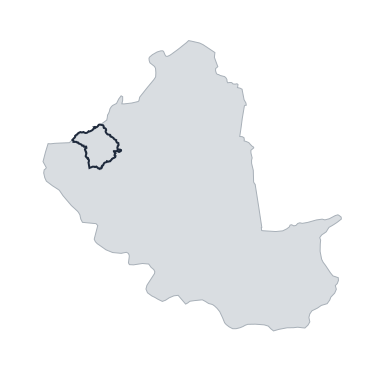 Seno, Séno, Burkina Faso (highlighted), rotated 262°
{"feature_id": "67063806B86156352342594", "entity_name": "Seno", "entity_type": "district", "adm_level": 2, "iso_a3": "BFA", "parent_name": "Burkina Faso", "parent_adm1": "Séno", "projection": "equal_earth", "projection_center": [-0.111, 13.969], "detail": "fine", "context": "in_parent", "style": "outline", "palette": "slate", "viewbox_px": 384, "rotation_deg": 262, "n_neighbors": 0, "source": "geoboundaries", "source_scale": "gbopen_adm2", "svg_char_len": 7982}
<svg xmlns="http://www.w3.org/2000/svg" viewBox="0 0 384 384"><g transform="rotate(262 192 192)"><path d="M285.9,255.9L276.1,256.4L272.6,257.8L270.4,257.8L270.4,256.6L270.1,255.9L257.8,252.0L249.1,249.6L240.3,247.0L239.8,249.4L238.6,251.0L236.7,251.1L235.4,250.7L234.5,252.6L233.0,255.1L231.0,256.4L229.0,257.9L227.9,259.2L227.1,259.3L225.1,256.1L222.4,255.8L217.4,256.3L215.2,255.4L212.1,255.0L204.9,255.7L193.3,254.4L191.4,255.1L190.9,255.6L179.5,255.8L166.9,256.0L156.4,256.1L147.2,256.2L147.1,255.7L144.2,255.6L143.8,256.7L141.2,269.4L140.9,276.4L142.3,280.7L143.8,283.4L145.6,284.6L145.7,286.1L144.3,288.1L144.4,290.2L146.1,292.3L146.5,294.5L145.6,296.8L145.8,302.5L147.0,311.3L147.0,317.1L145.9,319.7L146.4,324.2L148.7,330.6L149.1,333.3L148.2,334.5L146.4,336.2L144.4,336.1L142.2,332.3L141.3,330.6L139.5,326.7L137.9,322.7L135.9,321.0L133.9,319.4L131.4,314.4L129.0,312.1L126.5,312.7L122.8,311.8L115.4,310.6L107.4,311.0L104.1,312.1L100.9,313.9L92.6,317.9L89.3,319.9L86.8,324.9L84.0,324.7L81.1,323.1L79.4,320.9L75.6,321.4L72.0,319.2L68.5,314.8L65.9,313.4L62.6,310.3L61.7,304.3L59.6,300.1L57.7,294.3L54.9,291.7L51.5,290.3L47.0,290.6L44.0,288.3L41.6,284.9L42.3,282.0L43.4,277.8L43.5,273.7L44.3,267.2L43.9,259.0L43.1,253.4L45.6,251.0L48.6,248.9L50.4,245.0L52.3,236.3L53.2,228.8L52.6,226.0L51.7,223.8L50.9,220.6L50.5,216.7L51.0,213.2L53.3,210.0L56.0,207.4L58.0,206.1L63.2,204.8L69.7,202.8L73.5,200.5L76.2,198.3L77.8,196.5L79.3,192.9L81.8,190.0L83.8,187.2L84.1,179.3L84.1,174.7L82.7,172.3L81.9,170.1L91.6,163.9L91.7,159.6L90.4,154.7L88.5,150.7L87.8,147.4L90.5,143.4L92.9,140.4L94.6,137.8L98.4,133.9L102.3,132.9L105.9,134.4L116.4,143.5L118.2,144.1L120.4,143.4L123.1,141.0L126.7,139.1L128.1,133.0L128.0,124.0L128.8,119.9L130.7,119.2L136.8,120.9L138.3,121.0L140.1,120.4L141.4,118.8L141.3,115.9L141.1,113.4L143.1,105.0L146.7,98.8L154.0,91.0L156.2,89.4L158.9,88.6L171.9,94.0L174.0,92.6L177.2,79.3L180.7,78.1L185.0,77.8L187.7,76.7L189.1,75.8L195.3,70.7L206.2,63.8L212.1,60.9L213.2,59.8L217.4,54.9L223.0,49.3L226.6,48.2L231.5,47.8L234.5,48.7L235.4,50.3L236.4,51.1L242.8,48.7L252.0,52.5L259.9,56.2L259.4,58.6L259.3,62.8L258.7,69.4L257.9,77.3L261.1,82.4L265.1,87.9L266.1,90.0L265.1,95.5L265.8,98.6L267.9,103.9L271.4,110.7L275.1,117.6L277.6,118.5L280.0,119.1L281.4,120.3L283.5,121.5L285.7,122.3L287.5,123.8L288.7,125.3L290.2,129.6L294.3,132.4L297.1,135.2L296.0,136.6L292.4,136.1L289.1,134.8L288.7,136.9L288.5,144.7L289.1,151.3L289.9,152.2L293.2,153.4L301.3,161.9L308.6,169.9L311.0,172.0L315.0,172.8L319.5,173.1L321.5,172.4L325.8,168.3L328.1,167.9L330.3,168.0L331.4,168.6L333.5,171.9L335.5,176.9L336.1,180.6L335.9,182.6L335.2,183.4L331.7,184.3L330.1,185.1L329.7,186.2L330.3,188.6L331.0,190.2L334.9,197.5L340.6,207.2L342.4,209.7L341.4,212.6L338.5,220.2L336.4,223.4L326.9,234.1L322.2,232.9L312.5,235.0L311.0,232.6L308.7,232.2L305.9,232.7L304.9,233.6L304.6,234.7L303.5,236.1L301.7,240.4L300.3,241.5L298.6,242.2L296.5,242.1L295.2,242.6L295.2,244.8L294.8,246.6L293.4,247.5L292.8,249.6L292.9,251.6L292.1,252.5L290.2,252.0L289.1,251.5L288.1,254.1L286.8,255.9L285.9,255.9Z" fill="#d9dde1" stroke="#a8b0b8" stroke-width="1"/><path d="M254.0,124.1L254.2,123.8L254.5,123.2L255.0,122.5L255.2,122.3L256.0,121.9L256.4,121.7L256.5,121.7L256.8,121.3L256.9,121.2L257.1,121.0L257.2,120.9L257.3,120.8L257.4,120.6L257.6,120.3L257.7,120.1L257.9,120.0L258.0,119.9L257.9,119.9L258.0,119.7L258.1,119.4L258.2,119.1L258.3,119.0L258.7,118.8L259.5,118.8L259.9,118.9L260.0,118.8L260.0,118.7L260.1,118.4L260.2,118.1L260.8,116.5L260.8,116.4L261.0,116.2L262.1,115.5L262.9,115.1L263.5,114.9L263.8,114.9L264.3,114.9L264.4,115.0L264.6,115.2L264.8,115.4L264.9,115.5L265.1,115.6L266.0,115.6L266.6,115.4L267.0,115.0L267.3,114.7L267.4,114.4L267.4,114.1L267.5,113.9L267.7,113.6L267.9,113.5L268.2,113.5L268.5,113.5L268.8,113.6L269.0,113.7L269.7,113.5L270.0,113.5L270.2,113.4L270.4,113.3L270.5,113.1L270.7,112.5L270.9,111.9L271.2,111.2L271.4,110.7L271.6,110.4L271.6,109.3L271.4,108.9L270.8,108.3L270.5,108.1L270.3,107.9L269.7,107.1L269.6,106.7L269.5,106.1L269.6,105.7L269.8,105.4L270.0,105.0L269.9,104.3L269.6,104.6L269.2,105.0L268.9,105.1L268.7,104.7L268.8,104.1L268.7,103.7L268.4,103.3L267.6,102.5L267.2,102.0L266.8,101.1L266.3,99.5L266.2,98.9L266.6,98.1L265.7,97.1L265.3,96.2L265.2,95.0L265.8,93.7L266.5,92.9L266.3,91.2L266.9,89.8L266.3,87.9L265.7,86.9L265.0,86.2L264.5,85.1L263.9,84.1L262.9,83.9L262.1,83.3L261.8,82.7L260.2,80.8L260.0,81.0L259.8,81.1L259.7,81.2L259.3,81.6L259.2,81.6L259.0,81.8L258.9,81.8L258.7,81.7L258.5,81.8L258.3,81.8L258.1,81.7L258.0,82.1L257.9,83.3L257.9,83.6L257.8,84.1L257.8,84.3L257.4,84.6L257.4,84.8L257.3,85.0L257.2,85.1L257.1,85.3L256.9,85.4L256.9,85.6L257.0,85.9L256.8,86.1L256.7,86.2L256.6,86.3L256.3,86.4L256.2,86.4L255.9,86.4L255.8,86.5L255.7,86.7L255.6,87.0L255.5,87.3L255.4,87.5L254.8,88.2L254.7,88.6L254.5,88.9L254.4,89.1L254.2,89.3L253.5,89.5L253.4,89.5L253.2,89.6L253.2,89.9L253.1,90.0L253.1,90.3L253.0,90.5L253.0,90.9L253.0,91.0L252.8,91.0L252.4,91.0L252.1,91.2L251.9,91.3L251.9,91.7L251.8,92.4L251.8,92.7L251.7,92.9L251.6,93.2L251.6,93.3L251.6,93.5L251.4,93.5L251.2,93.5L250.8,93.6L250.6,93.5L250.4,93.5L250.4,93.3L250.2,93.1L250.1,92.8L250.1,92.7L249.8,92.7L249.6,92.2L249.3,92.1L249.1,91.9L248.9,91.9L248.7,91.9L248.6,92.0L248.2,92.1L247.8,92.2L247.7,92.2L247.6,92.3L247.2,92.3L246.9,92.4L246.7,92.4L246.6,92.6L246.1,92.6L245.9,92.6L245.8,92.8L245.6,92.8L245.4,92.8L245.4,92.7L245.2,92.6L244.8,92.6L244.4,92.5L244.1,92.4L243.8,92.4L242.9,91.9L242.5,91.8L242.1,91.7L241.6,92.0L241.4,92.2L241.3,92.3L241.0,92.4L240.9,92.4L240.7,92.5L240.4,92.8L240.4,93.2L240.3,93.4L240.2,93.4L240.1,93.6L239.8,93.5L239.7,93.6L239.5,93.4L239.4,93.4L239.2,93.4L239.1,93.5L238.9,93.8L238.5,94.2L237.2,94.3L236.6,94.1L236.2,94.0L235.9,93.7L235.7,93.6L233.3,93.7L230.1,93.8L230.2,94.1L230.5,95.6L230.6,96.1L230.9,97.0L230.9,97.4L230.8,97.9L230.7,98.2L230.7,98.3L230.7,98.5L230.5,98.9L230.5,99.1L230.3,99.2L230.2,99.5L230.2,99.8L230.3,100.0L230.4,100.3L230.3,100.7L230.4,100.9L230.0,101.2L229.8,101.4L229.6,101.7L229.4,101.7L229.2,101.9L229.0,102.0L228.9,102.2L228.7,102.4L228.6,102.5L228.4,102.5L228.5,102.5L228.3,102.6L228.3,102.9L228.3,103.1L228.3,103.5L228.2,103.6L228.0,103.8L227.9,103.7L227.7,103.9L227.9,104.1L228.0,104.1L228.2,104.3L228.3,104.7L228.3,104.8L228.1,105.1L228.0,105.4L228.1,105.6L228.4,105.8L228.5,105.9L228.6,106.0L229.4,106.4L229.6,106.2L229.8,106.1L230.1,106.3L230.5,106.6L230.7,106.9L230.8,107.1L230.8,107.3L230.8,107.7L230.9,107.8L231.0,107.9L231.8,108.3L232.1,108.5L232.6,108.8L232.9,109.1L233.1,109.5L233.2,109.8L233.3,110.1L233.4,110.5L233.5,111.6L233.5,111.8L233.7,112.0L233.8,112.0L234.0,112.0L234.3,112.1L234.2,112.3L234.0,112.6L234.0,112.8L233.7,113.3L233.7,113.6L233.7,113.9L233.8,114.3L234.0,114.8L234.0,115.0L233.9,115.3L234.0,115.4L234.1,115.5L235.1,116.6L235.5,117.1L236.0,117.5L236.1,117.9L236.4,118.4L236.5,118.9L236.8,120.0L237.1,120.6L237.2,120.8L237.4,120.9L237.9,121.1L237.9,120.8L238.0,120.8L238.3,120.9L238.5,120.8L238.7,120.7L239.0,120.4L239.4,120.5L239.5,120.8L240.2,120.8L240.4,121.0L240.7,121.1L240.8,121.2L240.9,121.5L241.0,121.6L241.4,121.2L241.6,121.1L241.7,120.9L242.4,120.6L242.9,120.5L243.1,120.3L243.3,120.3L243.4,120.5L243.1,121.1L243.1,121.4L242.9,121.7L243.0,122.0L243.1,122.3L243.1,122.6L243.1,122.8L242.9,123.1L242.9,123.5L242.6,124.1L242.5,124.4L242.4,124.6L242.2,124.8L241.9,125.1L241.9,125.3L241.9,125.5L242.0,125.7L241.9,125.9L242.0,126.0L242.3,126.6L242.4,127.0L242.8,127.5L243.0,127.5L243.3,127.5L243.3,127.4L243.5,127.1L243.7,126.9L243.9,126.8L244.0,126.4L244.0,126.2L244.3,125.6L244.4,125.3L244.4,124.7L244.5,124.5L244.6,124.3L244.8,124.2L245.8,124.3L246.1,124.3L246.6,124.3L246.8,124.5L247.1,124.6L247.3,124.8L247.7,124.8L247.8,124.8L248.0,125.0L248.2,125.4L248.4,125.6L248.6,125.8L248.8,125.9L249.0,125.9L249.4,125.7L249.8,125.7L250.1,125.7L250.4,125.9L250.7,125.9L251.2,125.2L251.3,125.0L251.3,124.9L251.4,124.6L251.6,124.5L251.6,124.4L251.8,124.3L253.0,124.0L253.8,124.0L254.0,124.1Z" fill="none" stroke="#1e293b" stroke-width="2"/></g></svg>